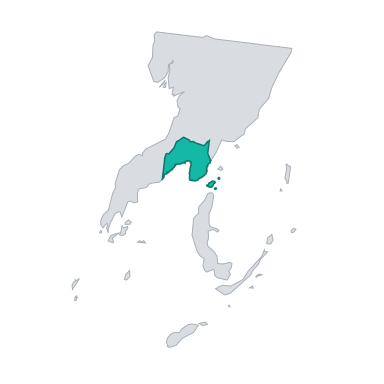 Papua New Guinea, with Morobe highlighted, rotated 97°
{"feature_id": "PNG-1253", "entity_name": "Morobe", "entity_type": "Province", "adm_level": 1, "iso_a3": "PNG", "parent_name": "Papua New Guinea", "parent_adm1": "", "projection": "mercator", "projection_center": [147.281, -6.648], "detail": "fine", "context": "in_parent", "style": "filled", "palette": "teal", "viewbox_px": 384, "rotation_deg": 97, "n_neighbors": 0, "source": "natural_earth", "source_scale": "10m", "svg_char_len": 8099}
<svg xmlns="http://www.w3.org/2000/svg" viewBox="0 0 384 384"><g transform="rotate(97 192 192)"><path d="M37.4,246.6L37.3,200.1L35.0,196.6L37.3,188.4L37.3,110.4L41.7,110.8L63.1,120.3L77.5,125.2L90.1,127.5L101.6,135.3L110.2,135.7L122.9,146.7L128.0,147.4L137.0,156.6L137.6,164.0L136.6,168.7L150.3,173.1L163.4,179.5L170.5,180.1L174.5,182.3L179.4,187.8L180.3,195.0L177.4,196.3L165.1,196.3L161.7,198.6L166.6,210.0L177.7,220.5L186.1,225.3L188.6,234.7L192.9,237.7L195.6,245.2L199.9,246.0L208.4,244.8L209.8,247.9L208.5,252.7L209.7,254.6L225.3,258.6L220.1,261.1L222.5,265.5L232.6,269.2L238.9,270.6L242.7,270.2L238.3,272.3L234.4,271.7L233.6,272.4L235.2,274.2L238.5,276.1L235.1,278.7L231.7,279.0L225.4,277.4L220.0,272.7L203.0,270.6L197.1,268.5L192.4,269.2L178.7,266.7L174.2,263.3L171.2,258.3L163.0,252.3L161.1,249.3L161.9,245.4L159.7,246.0L155.0,243.1L142.6,224.7L136.2,222.1L120.5,218.9L118.2,215.3L110.9,214.0L109.2,216.3L103.2,218.0L98.2,216.2L93.1,211.7L99.1,221.9L97.0,221.9L97.9,223.4L96.8,223.7L90.2,223.1L92.2,227.3L81.4,229.6L73.4,228.8L69.6,229.8L68.0,229.7L65.9,226.6L63.0,227.2L65.4,227.2L68.5,230.8L75.3,230.3L81.8,233.0L87.3,239.1L87.1,243.3L72.1,251.0L63.4,247.7L50.8,248.6L46.3,247.3L40.6,248.8L37.4,246.6ZM262.9,143.9L266.0,146.0L269.1,143.8L275.1,146.5L274.0,156.5L272.0,159.3L267.0,160.3L266.3,161.8L269.7,167.7L268.3,169.8L263.9,172.1L256.6,171.8L254.7,175.9L250.6,179.5L234.9,186.7L217.8,187.2L212.2,182.8L206.3,183.6L198.4,178.4L191.8,176.2L190.5,174.2L190.6,171.6L192.5,170.1L204.3,170.4L211.7,172.5L221.6,171.2L224.3,169.6L225.3,163.2L226.9,160.5L228.6,161.7L226.6,166.7L228.9,171.2L235.9,169.9L240.4,170.9L243.8,169.6L248.7,162.6L252.7,159.4L259.8,157.8L259.7,152.7L257.2,145.6L258.2,143.6L262.9,143.9ZM349.0,195.5L348.1,197.8L347.6,197.1L344.0,199.2L339.9,198.5L336.2,196.3L333.4,192.2L333.3,187.6L329.3,185.5L324.1,179.7L323.0,175.9L323.5,169.5L331.0,173.2L338.8,184.2L346.2,189.1L349.0,195.5ZM290.2,146.7L285.2,156.8L282.1,152.7L280.8,149.8L280.6,142.1L272.5,130.7L264.2,126.9L247.3,115.0L240.6,113.1L242.3,112.6L242.2,109.7L250.6,115.9L255.8,117.4L262.7,122.2L267.4,123.8L287.8,141.6L290.2,146.7ZM155.5,97.2L171.5,97.6L171.8,99.0L169.7,99.1L167.0,101.5L157.4,100.8L153.2,102.1L152.9,100.4L154.5,99.9L154.3,98.1L155.5,97.2ZM236.1,251.4L239.0,253.1L241.5,252.9L243.4,254.9L243.7,258.2L242.6,258.9L241.9,257.9L234.1,257.3L235.7,255.4L234.2,251.7L236.1,251.4ZM234.2,111.5L228.5,111.5L224.3,107.6L229.8,105.7L234.0,107.5L234.2,111.5ZM247.6,265.6L251.2,263.6L252.0,264.3L250.7,269.3L245.0,267.2L241.2,259.1L247.6,265.6ZM277.4,244.3L283.5,243.4L286.5,245.6L287.4,246.4L286.8,248.5L281.7,247.6L277.4,244.3ZM291.7,293.2L303.3,298.8L299.0,299.7L295.4,298.2L294.9,296.9L293.4,297.3L294.2,296.4L291.7,293.2ZM184.0,177.5L178.9,173.4L179.2,170.5L184.6,173.0L184.0,177.5ZM232.3,254.5L230.8,254.7L227.4,251.7L229.4,248.5L231.7,249.7L232.3,254.5ZM321.7,169.3L319.5,162.6L321.4,160.5L323.4,164.8L321.7,169.3ZM166.3,169.3L162.8,166.7L165.4,164.2L167.0,165.5L166.3,169.3ZM220.2,88.4L218.2,88.9L215.6,86.7L216.4,84.3L219.4,85.9L220.2,88.4ZM143.0,152.7L140.9,155.2L139.4,153.3L141.8,150.6L143.0,152.7ZM248.3,231.9L248.5,240.0L246.8,238.4L247.6,235.0L246.0,234.1L248.3,231.9ZM88.7,234.0L92.1,237.3L83.8,232.0L88.7,234.0ZM91.7,233.2L87.1,231.8L86.2,230.8L91.6,231.3L91.7,233.2ZM314.1,294.0L313.8,295.2L310.8,295.4L308.8,293.7L310.7,294.1L310.4,293.0L314.1,294.0ZM280.0,119.4L280.1,123.2L278.0,120.5L280.0,119.4ZM268.7,117.5L267.9,118.4L265.7,115.9L266.2,115.3L268.7,117.5ZM243.8,277.1L243.5,278.8L241.4,278.0L241.7,276.9L243.8,277.1ZM266.9,114.6L265.3,115.0L265.6,112.5L266.9,114.6ZM180.1,102.9L180.2,104.7L178.0,104.3L180.1,102.9ZM301.3,140.3L301.0,142.0L299.8,141.4L301.3,140.3Z" fill="#d9dde1" stroke="#a8b0b8" stroke-width="1"/><path d="M158.4,177.3L158.5,177.7L158.8,177.8L159.2,177.7L159.5,177.6L160.0,177.5L160.3,177.6L160.6,177.7L161.0,177.7L161.3,177.9L161.4,178.2L161.6,178.5L161.8,178.9L162.8,179.6L163.0,179.6L163.4,179.7L163.5,179.9L164.0,179.6L164.3,179.6L164.6,179.9L164.9,180.3L165.1,180.5L165.2,180.4L165.4,180.3L167.4,180.5L167.5,180.5L167.7,180.4L168.0,180.3L168.2,180.0L168.4,179.8L168.7,179.7L168.9,179.8L169.4,180.0L169.5,180.0L169.6,179.9L169.8,179.7L170.0,179.9L171.1,180.2L172.0,180.4L172.4,180.5L172.7,180.7L172.9,181.0L173.0,181.0L173.3,181.2L173.4,181.3L173.4,181.5L173.6,181.7L174.1,182.0L175.6,183.4L176.2,184.4L176.4,184.6L176.7,184.8L176.9,185.3L177.1,185.8L177.3,186.2L177.8,186.9L179.3,187.6L179.9,188.2L179.9,188.5L179.9,188.8L179.9,189.1L180.0,189.3L180.2,189.5L180.4,189.8L180.5,190.4L180.7,190.8L180.7,191.1L180.6,191.3L180.5,191.5L180.6,191.9L180.4,192.2L180.4,192.5L180.5,192.8L180.6,193.3L180.2,193.6L180.2,193.9L180.3,194.0L180.6,193.9L180.4,195.6L178.8,196.2L175.2,196.4L175.0,196.5L174.6,196.8L174.4,196.9L174.2,196.9L173.7,196.8L173.1,197.0L171.7,196.5L171.3,196.5L170.4,196.7L170.0,196.8L166.7,196.6L166.3,196.4L166.2,196.3L166.0,196.2L165.7,196.1L165.4,196.0L164.4,196.1L164.1,196.2L163.6,196.6L163.3,196.6L162.6,196.6L162.2,196.7L161.9,196.8L161.9,197.3L161.5,198.2L161.5,198.6L161.5,199.7L161.6,200.7L161.8,201.1L162.4,202.0L162.9,202.4L163.1,202.7L163.2,202.8L163.5,202.8L163.9,202.5L164.2,202.4L164.1,202.7L164.0,202.9L163.9,203.1L163.9,203.5L164.1,203.8L164.2,204.1L164.1,204.4L164.0,204.9L164.0,205.1L165.2,206.0L165.4,206.3L165.6,206.6L165.7,207.0L165.6,208.0L165.7,208.3L165.8,208.5L165.7,208.7L165.6,208.9L165.7,209.1L165.9,209.4L166.0,210.1L166.0,210.3L166.4,210.8L166.5,211.0L166.7,211.3L166.6,211.5L166.6,211.8L166.8,211.8L167.0,211.9L167.1,212.0L167.2,212.3L167.5,212.3L167.6,212.2L167.9,211.9L168.0,211.9L168.2,212.0L168.3,212.2L168.2,212.3L169.4,212.6L170.0,212.9L170.3,213.4L170.4,213.6L170.6,213.7L170.8,213.7L171.0,213.7L171.3,213.8L171.5,213.9L171.6,214.1L171.9,214.3L171.7,214.5L171.8,214.5L172.1,214.6L172.3,214.6L172.8,215.0L173.0,215.3L173.2,215.5L173.1,216.3L173.3,216.5L174.5,216.7L174.8,216.9L174.9,217.2L174.9,217.7L175.0,218.1L175.3,218.5L175.5,218.8L175.3,219.2L176.3,219.1L176.3,218.9L176.1,218.8L176.0,218.7L175.9,218.5L175.9,218.2L176.4,218.6L176.9,219.1L177.2,219.7L177.4,221.1L177.5,221.4L177.8,221.6L178.2,221.8L178.5,221.8L179.1,221.7L179.6,221.7L179.8,221.8L180.0,221.9L180.2,221.7L180.4,221.6L180.7,221.7L180.9,221.8L181.9,222.5L182.3,222.7L182.8,222.8L183.0,223.0L162.5,223.1L162.3,223.2L162.1,223.2L162.0,223.3L161.8,223.3L161.3,223.2L161.1,223.2L160.9,223.1L160.1,222.7L159.8,222.7L159.5,222.7L158.9,222.8L158.6,222.7L158.4,222.6L157.9,222.3L157.7,222.2L157.3,222.2L157.1,222.0L156.9,221.5L156.9,221.2L156.9,220.8L156.9,220.1L156.8,219.7L156.6,219.4L154.9,218.3L150.4,215.2L144.4,213.6L143.9,213.3L143.6,213.0L143.0,212.2L142.6,211.3L138.7,207.1L139.6,204.3L139.7,204.1L139.8,203.9L139.9,203.7L140.5,201.8L140.6,201.5L140.7,201.2L141.0,200.9L141.8,200.2L142.0,200.0L142.2,199.7L142.3,199.3L142.3,198.9L142.0,198.2L142.0,197.7L141.9,197.4L141.8,197.1L141.7,196.9L141.7,196.6L141.8,196.4L142.3,195.9L142.5,195.6L142.7,195.3L144.5,186.4L144.5,185.9L144.4,185.6L144.2,185.3L141.5,183.6L141.2,183.4L141.2,183.1L141.1,182.7L141.0,182.8L140.6,183.0L140.2,182.7L139.9,182.4L139.6,182.1L139.4,181.3L139.1,181.1L151.9,181.1L158.3,177.4L158.4,177.3ZM184.5,172.9L185.0,173.5L185.1,174.0L184.9,175.9L184.4,176.9L184.3,177.4L184.1,177.3L184.0,177.7L184.0,177.9L183.8,177.8L183.6,177.9L183.4,178.0L183.2,177.9L183.1,177.2L183.0,176.9L182.8,176.7L182.6,176.6L182.0,176.4L181.3,176.4L181.0,176.2L180.7,175.9L180.7,175.7L180.6,175.3L180.5,175.1L179.7,174.4L179.4,174.1L179.0,173.4L178.7,173.0L178.6,172.9L178.6,172.7L178.7,172.1L178.6,171.1L178.7,170.8L178.9,170.6L179.5,170.5L179.7,170.3L179.8,170.4L179.9,170.5L180.0,170.6L180.2,170.4L180.3,170.4L180.5,170.6L181.0,171.2L181.3,171.4L181.6,171.6L182.4,171.7L183.0,171.9L183.5,172.2L184.5,172.9ZM185.6,168.1L186.1,168.4L186.5,169.0L186.6,169.6L186.0,170.0L185.4,169.8L185.1,169.2L185.1,168.5L185.6,168.1ZM175.3,166.3L175.7,166.3L175.8,166.5L176.0,166.8L176.1,167.0L176.0,167.3L175.7,167.5L175.2,167.8L174.7,167.3L174.7,167.2L174.5,167.3L174.4,167.3L174.4,167.2L174.4,166.9L174.4,166.7L174.6,166.5L175.0,166.3L175.3,166.3Z" fill="#14b8a6" stroke="#0f766e" stroke-width="1.5"/></g></svg>